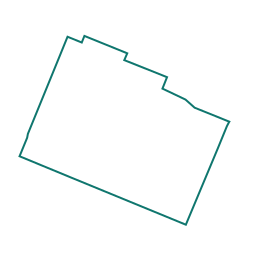 Greene, Ohio, United States of America, rotated 18°
{"feature_id": "52423323B31889876987005", "entity_name": "Greene", "entity_type": "district", "adm_level": 2, "iso_a3": "USA", "parent_name": "United States of America", "parent_adm1": "Ohio", "projection": "robinson", "projection_center": [-83.906, 39.7], "detail": "fine", "context": "isolated", "style": "outline", "palette": "teal", "viewbox_px": 256, "rotation_deg": 18, "n_neighbors": 0, "source": "geoboundaries", "source_scale": "gbopen_adm2", "svg_char_len": 393}
<svg xmlns="http://www.w3.org/2000/svg" viewBox="0 0 256 256"><g transform="rotate(18 128 128)"><path d="M58.1,53.9L57.6,61.0L42.3,59.9L40.7,81.9L34.6,164.5L35.1,168.4L33.6,188.4L56.8,190.2L89.0,192.7L212.9,202.1L219.7,119.8L221.5,95.7L222.1,92.1L222.4,90.7L185.1,88.1L173.9,83.2L148.6,79.9L149.4,67.6L103.5,64.6L104.2,57.2L58.1,53.9Z" fill="none" stroke="#0f766e" stroke-width="2"/></g></svg>